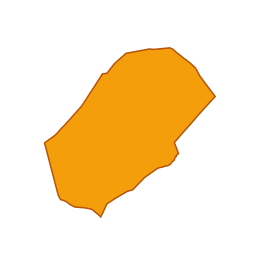 Santa María Yosoyúa, Oaxaca, Mexico (Mercator projection), rotated 244°
{"feature_id": "50627088B36339688487360", "entity_name": "Santa María Yosoyúa", "entity_type": "district", "adm_level": 2, "iso_a3": "MEX", "parent_name": "Mexico", "parent_adm1": "Oaxaca", "projection": "mercator", "projection_center": [-97.509, 17.107], "detail": "fine", "context": "isolated", "style": "filled", "palette": "amber", "viewbox_px": 256, "rotation_deg": 244, "n_neighbors": 0, "source": "geoboundaries", "source_scale": "gbopen_adm2", "svg_char_len": 1272}
<svg xmlns="http://www.w3.org/2000/svg" viewBox="0 0 256 256"><g transform="rotate(244 128 128)"><path d="M118.1,220.2L127.0,218.4L143.0,215.4L152.1,215.0L159.5,212.2L166.3,208.7L175.3,204.4L179.2,202.9L181.7,200.7L187.4,185.5L189.8,181.6L190.1,180.1L196.0,159.0L191.8,144.0L186.4,133.0L187.9,128.9L181.2,117.9L175.1,107.7L171.1,101.1L168.0,95.9L159.2,74.4L157.8,70.7L157.7,70.3L157.3,69.1L153.5,59.5L152.2,52.4L152.2,52.2L151.2,46.5L150.6,46.3L145.4,45.3L132.4,42.7L117.0,39.6L108.6,37.9L99.1,36.0L98.0,35.9L97.3,35.9L96.7,35.9L96.4,35.9L95.4,35.8L93.3,36.0L89.9,39.6L84.2,42.6L80.3,45.7L80.2,45.7L80.2,45.8L76.2,52.4L76.1,52.6L75.4,53.8L74.0,55.7L73.8,56.0L72.2,58.2L70.4,60.1L69.3,60.6L69.1,60.6L68.3,61.0L68.1,61.1L61.4,64.1L60.0,64.5L61.9,66.9L62.0,67.1L63.1,68.5L68.5,75.2L69.1,76.0L70.1,84.0L70.3,85.8L70.8,92.2L71.0,94.9L71.0,95.9L71.4,99.1L70.4,105.2L73.7,114.2L76.2,121.1L77.4,128.1L77.9,131.4L78.3,133.5L78.8,136.7L78.6,138.3L78.4,139.8L77.8,141.5L77.5,144.4L76.9,146.3L76.7,147.3L76.8,148.7L76.7,149.3L77.4,151.3L78.2,152.8L78.9,155.5L80.8,157.3L81.2,158.7L82.3,159.5L82.9,162.2L94.7,163.3L97.5,170.0L99.6,174.8L104.0,185.7L107.5,193.8L109.4,198.2L109.6,198.7L111.6,203.7L115.0,212.2L118.1,220.2Z" fill="#f59e0b" stroke="#b45309" stroke-width="1.5"/></g></svg>